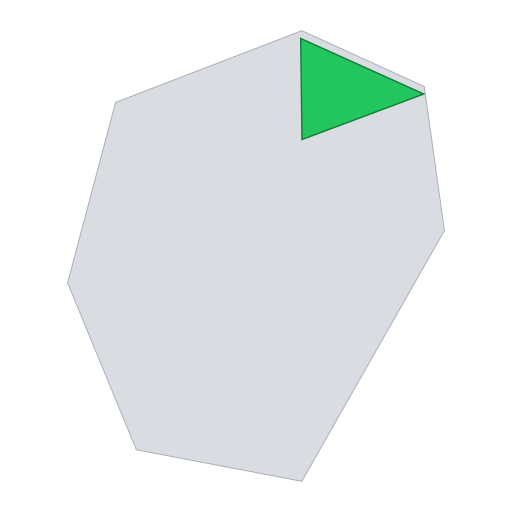 where Anabar sits in Nauru
{"feature_id": "NRU-4979", "entity_name": "Anabar", "entity_type": "state/province", "adm_level": 1, "iso_a3": "NRU", "parent_name": "Nauru", "parent_adm1": "", "projection": "orthographic", "projection_center": [166.943, -0.497], "detail": "fine", "context": "in_parent", "style": "filled", "palette": "green", "viewbox_px": 512, "rotation_deg": 0, "n_neighbors": 0, "source": "natural_earth", "source_scale": "10m", "svg_char_len": 332}
<svg xmlns="http://www.w3.org/2000/svg" viewBox="0 0 512 512"><path d="M444.4,230.6L301.8,481.3L136.4,449.8L67.6,282.9L115.6,102.4L301.8,30.7L424.3,86.6L444.4,230.6Z" fill="#d9dde1" stroke="#a8b0b8" stroke-width="1"/><path d="M300.7,38.5L423.7,94.0L302.0,139.5L300.7,38.5Z" fill="#22c55e" stroke="#15803d" stroke-width="1.5"/></svg>